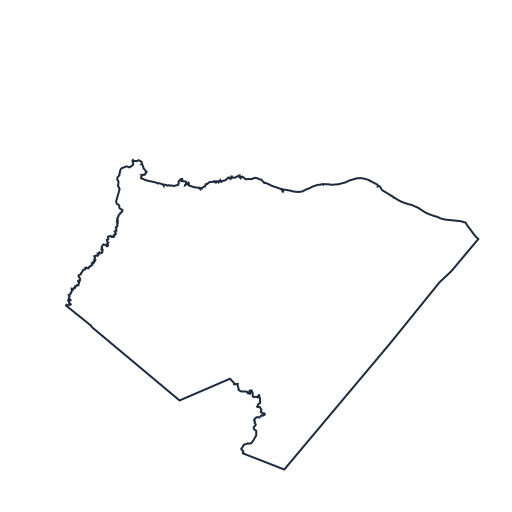 the district of Adelaide Plains, South Australia, Australia, rotated 130°
{"feature_id": "25037944B85276451636106", "entity_name": "Adelaide Plains", "entity_type": "district", "adm_level": 2, "iso_a3": "AUS", "parent_name": "Australia", "parent_adm1": "South Australia", "projection": "mercator", "projection_center": [138.456, -34.51], "detail": "fine", "context": "isolated", "style": "outline", "palette": "slate", "viewbox_px": 512, "rotation_deg": 130, "n_neighbors": 0, "source": "geoboundaries", "source_scale": "gbopen_adm2", "svg_char_len": 6141}
<svg xmlns="http://www.w3.org/2000/svg" viewBox="0 0 512 512"><g transform="rotate(130 256 256)"><path d="M100.1,96.6L99.9,100.0L99.2,103.8L98.1,108.0L97.1,112.8L95.7,117.2L96.6,118.7L97.6,121.4L105.9,133.6L107.5,136.3L108.5,138.7L109.6,142.7L110.7,144.8L112.9,150.8L113.8,154.4L114.9,163.0L116.9,169.7L118.6,173.2L120.8,178.9L121.5,181.7L122.4,187.2L122.9,188.1L122.4,188.5L122.5,189.4L122.7,190.4L123.1,190.9L122.9,191.5L124.4,201.2L124.2,202.9L123.3,205.1L123.2,206.3L123.4,206.7L124.5,207.5L123.5,208.1L123.3,209.0L125.0,216.5L125.3,216.9L125.1,217.3L125.5,219.0L127.5,223.4L129.1,225.9L131.5,228.5L137.6,232.7L142.6,235.1L148.5,239.4L152.9,243.9L154.1,246.0L157.2,250.1L157.8,250.5L158.2,250.4L158.2,251.4L159.8,252.4L162.1,254.6L166.5,257.3L169.5,258.5L172.9,260.4L176.6,261.9L178.3,263.3L180.2,265.3L182.6,268.9L183.9,271.8L187.5,277.9L188.2,278.0L189.1,276.6L189.7,276.3L190.0,275.9L188.9,277.6L190.0,277.7L188.3,278.1L188.0,279.1L188.2,279.6L188.8,279.9L188.9,280.9L189.2,281.3L189.4,282.2L191.7,287.8L193.4,294.3L194.2,296.2L194.8,296.5L194.5,297.1L194.5,299.1L194.0,301.2L195.1,302.5L195.3,304.1L196.4,306.6L197.8,307.8L199.5,308.4L204.0,313.6L203.8,314.9L203.9,317.5L204.8,317.8L206.0,317.8L205.3,319.2L206.2,318.7L205.7,321.0L207.1,321.3L208.0,322.0L209.5,322.4L211.4,324.8L210.6,325.6L210.9,326.0L211.5,325.8L212.3,324.9L213.4,325.0L213.6,326.3L213.3,327.3L213.6,327.6L217.8,328.2L220.0,329.9L221.6,330.3L221.6,330.7L221.2,331.1L220.9,332.2L223.6,332.0L223.3,333.2L224.0,333.5L224.2,334.3L224.5,334.3L226.0,333.3L225.3,334.4L225.3,334.7L226.0,335.2L225.4,335.9L227.8,337.5L229.2,339.0L230.1,339.4L231.8,339.5L232.5,339.9L232.6,340.4L232.9,340.5L233.7,340.6L234.6,339.9L235.8,339.8L236.1,340.4L239.0,341.2L239.3,341.0L239.4,341.8L240.2,342.6L240.6,342.2L240.6,342.7L240.1,342.8L240.1,343.4L241.7,345.3L243.4,348.4L245.2,353.0L243.9,353.6L243.3,354.7L244.6,354.7L244.6,355.3L245.4,355.4L245.9,355.9L246.6,355.5L247.4,355.8L247.0,356.0L246.5,355.7L245.9,356.1L245.2,355.8L244.2,356.7L244.2,358.1L245.1,358.9L245.7,360.5L246.5,361.2L246.0,361.8L245.0,361.6L244.5,362.0L245.5,363.0L248.2,363.2L248.9,363.0L249.4,362.3L251.0,361.7L251.5,361.3L254.3,363.3L254.7,363.3L254.9,362.8L255.0,363.8L256.6,366.5L257.4,367.1L257.8,368.0L258.7,368.2L258.2,368.2L258.1,368.6L259.2,369.3L259.2,370.2L260.1,371.9L260.6,372.5L261.4,372.0L261.0,373.0L261.9,373.3L261.3,373.4L261.5,374.8L262.7,377.3L263.6,377.9L263.5,378.6L264.7,381.2L268.4,388.3L269.2,390.4L269.8,393.1L270.2,393.3L270.1,394.4L267.8,395.3L266.9,394.7L266.7,394.8L266.9,395.3L266.6,395.1L265.4,393.5L263.8,393.5L262.7,393.8L263.1,394.0L262.3,394.3L261.6,395.7L261.2,398.3L259.6,400.7L259.0,402.2L259.2,402.5L258.8,402.4L257.6,403.8L257.6,405.5L257.9,407.1L258.3,407.7L260.1,408.4L260.6,409.2L261.3,409.8L261.7,411.2L261.5,411.9L262.2,412.0L264.6,409.0L265.5,408.8L269.5,409.9L270.1,412.0L270.8,412.9L275.1,415.3L276.4,415.4L278.5,414.7L279.6,413.8L280.8,413.6L281.8,412.6L285.0,412.6L286.8,411.2L287.0,409.9L287.7,408.9L291.1,406.6L291.6,404.8L292.4,404.1L292.5,403.4L304.2,398.2L305.6,396.0L305.1,394.5L305.2,393.3L306.4,392.3L307.1,391.3L306.8,388.7L306.6,388.1L306.7,387.6L308.7,387.0L309.8,387.7L310.9,387.2L312.9,387.5L314.5,386.7L315.8,386.7L317.3,385.0L317.5,385.0L317.4,385.7L319.1,384.7L318.7,383.9L319.4,383.5L319.6,383.0L320.9,383.0L321.8,381.5L322.7,381.3L324.1,381.9L324.8,380.5L326.1,379.9L326.5,379.2L328.0,380.1L328.7,378.8L328.6,378.3L329.3,377.5L330.0,377.5L330.8,378.3L332.0,378.0L332.3,377.2L333.3,377.6L333.5,377.8L333.5,378.6L334.3,379.0L334.0,380.3L336.4,381.8L337.3,380.6L338.2,379.9L339.4,380.7L339.7,380.5L340.4,379.0L341.0,378.5L340.8,377.8L342.4,377.8L342.6,376.6L343.2,376.0L344.1,376.1L344.4,376.5L344.4,378.8L345.2,380.4L348.3,380.1L348.9,378.8L350.2,378.8L350.0,377.3L351.1,377.1L351.5,376.3L352.2,376.0L353.1,376.3L354.1,377.0L354.3,377.4L353.9,378.2L354.6,378.2L355.5,378.8L355.6,378.1L356.5,377.4L357.3,377.9L357.8,377.6L358.0,378.6L360.1,379.7L360.5,378.4L362.4,377.8L362.5,377.2L362.1,376.7L362.3,376.5L363.4,376.1L364.6,377.0L365.1,376.0L365.5,375.9L365.7,376.6L366.5,376.3L367.1,377.0L367.9,375.7L368.8,376.1L369.4,375.9L370.1,376.6L371.0,376.4L371.8,376.8L373.2,376.4L373.7,377.3L373.8,378.4L374.8,379.2L375.7,378.3L376.3,378.4L377.8,379.5L378.9,379.1L381.8,378.9L382.7,378.4L383.7,379.0L385.0,379.4L385.8,378.5L386.2,376.7L386.9,375.7L388.0,375.1L388.6,375.4L388.8,376.1L389.6,376.2L389.9,375.9L389.8,374.5L391.1,374.1L392.3,373.3L393.2,373.5L393.5,374.4L394.9,374.4L395.4,375.0L396.0,374.3L396.7,374.1L397.5,375.1L399.3,374.5L399.6,376.1L401.8,374.3L403.3,374.2L403.7,373.8L405.0,373.7L406.1,374.4L406.8,372.8L408.0,372.8L408.7,372.1L409.7,371.7L409.6,370.8L408.7,370.3L409.1,369.6L410.0,370.0L410.6,371.2L411.1,371.1L411.8,368.7L412.8,368.3L412.7,367.8L412.0,367.2L412.1,366.8L412.5,366.7L413.2,367.3L413.6,368.3L414.0,368.5L415.1,368.3L415.7,368.8L415.5,369.8L416.1,369.6L415.4,337.6L416.0,335.8L415.8,221.7L366.7,197.0L367.4,191.1L368.2,190.7L368.3,190.0L366.9,189.0L365.8,187.7L366.6,187.2L367.8,185.8L368.7,184.2L369.7,183.4L369.6,181.3L369.1,180.0L367.3,177.9L365.8,175.7L366.2,174.7L366.4,173.8L366.0,173.3L365.4,173.1L365.6,172.4L365.5,172.0L364.3,172.3L364.2,172.8L364.5,173.8L363.6,174.3L362.6,174.0L362.0,173.1L362.0,172.4L362.7,171.8L362.9,170.9L363.5,170.0L365.7,168.2L365.6,167.3L363.8,165.4L363.1,163.6L362.5,163.6L361.6,164.4L360.6,164.3L360.6,164.0L361.4,163.3L362.7,161.1L364.3,160.0L365.7,158.5L366.4,158.4L367.7,159.0L370.7,158.2L370.2,157.1L369.3,156.1L370.5,152.8L371.9,152.4L372.5,151.8L372.0,150.2L372.0,149.3L371.3,148.6L371.5,147.5L372.3,147.4L372.8,147.9L373.8,148.0L374.4,149.4L375.7,149.3L377.6,149.7L378.6,151.5L379.2,151.9L380.3,152.2L382.8,152.1L383.3,151.6L383.4,150.5L384.7,149.8L385.1,148.0L386.1,147.6L388.7,147.7L389.3,147.0L390.0,145.7L389.8,144.5L389.9,143.4L390.7,142.5L391.6,142.1L392.2,141.3L393.1,140.6L398.6,139.5L402.5,139.3L404.6,141.2L404.9,142.0L406.4,142.6L407.9,143.8L409.5,143.9L411.1,143.4L413.0,143.4L413.5,142.8L413.7,141.0L414.2,139.7L415.1,139.4L416.3,139.4L415.6,139.1L401.4,97.1L236.9,97.1L158.2,98.5L142.2,96.6L100.1,96.6Z" fill="none" stroke="#1e293b" stroke-width="2"/></g></svg>